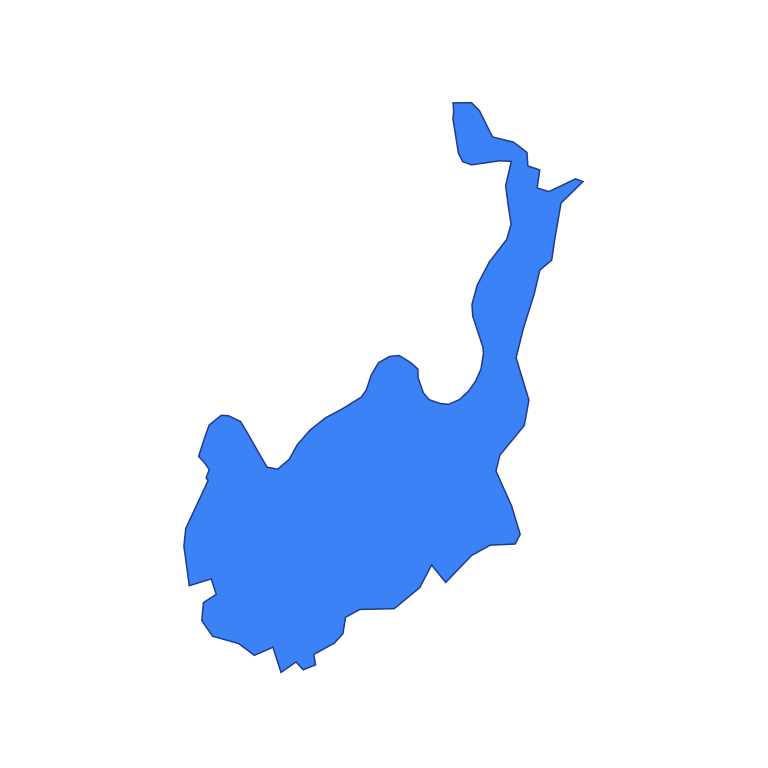 the district of Amudarya, Karakalpakstan, Uzbekistan, rotated 64°
{"feature_id": "79887680B11316331959400", "entity_name": "Amudarya", "entity_type": "district", "adm_level": 2, "iso_a3": "UZB", "parent_name": "Uzbekistan", "parent_adm1": "Karakalpakstan", "projection": "mercator", "projection_center": [60.011, 42.124], "detail": "fine", "context": "isolated", "style": "filled", "palette": "blue", "viewbox_px": 768, "rotation_deg": 64, "n_neighbors": 0, "source": "geoboundaries", "source_scale": "gbopen_adm2", "svg_char_len": 1526}
<svg xmlns="http://www.w3.org/2000/svg" viewBox="0 0 768 768"><g transform="rotate(64 384 384)"><path d="M169.5,182.0L161.6,198.8L163.1,199.2L170.5,202.4L175.7,205.7L209.4,216.0L218.7,215.8L225.4,209.2L234.0,182.4L239.7,172.0L259.2,187.8L275.6,193.3L296.0,199.7L307.8,210.3L320.5,235.8L335.9,256.8L351.1,270.1L361.9,274.5L394.5,279.0L400.1,281.2L413.0,290.2L421.8,300.7L427.5,311.4L431.1,322.9L430.6,334.9L426.0,342.3L417.7,350.4L409.2,352.5L393.3,350.6L385.4,347.0L376.6,350.6L365.0,357.9L361.7,366.9L362.4,379.5L364.7,383.0L370.4,391.6L381.7,402.6L385.8,410.1L387.2,423.5L388.1,432.7L388.8,452.7L389.2,453.3L392.9,470.4L400.6,488.6L410.2,502.3L414.0,517.2L411.5,520.1L407.5,525.6L372.0,528.0L368.0,528.2L354.8,529.4L344.3,537.7L340.8,544.0L344.3,559.2L351.9,567.0L367.8,582.4L376.0,579.9L384.3,578.6L390.5,585.1L393.7,584.4L426.9,625.5L442.1,635.0L454.1,638.9L478.4,646.9L479.9,647.6L483.4,624.7L499.5,627.0L501.3,642.1L516.8,651.5L535.6,648.6L553.5,628.5L571.0,619.5L571.9,599.2L598.1,603.0L595.2,584.9L605.4,582.0L606.4,568.6L596.3,565.7L595.1,542.2L590.3,530.3L576.8,520.8L576.0,504.6L590.4,473.4L582.7,441.2L567.6,420.6L589.4,415.5L576.5,380.5L575.4,359.2L585.3,336.3L578.8,327.5L549.5,322.8L511.3,321.5L498.7,311.0L482.8,276.1L462.0,260.8L418.4,253.8L395.3,234.5L368.8,209.4L349.9,194.0L346.1,178.9L329.4,167.5L299.0,145.6L289.3,116.5L283.6,121.9L283.3,151.5L275.0,160.4L259.9,150.2L251.1,159.1L238.5,154.0L223.4,161.6L209.5,178.2L180.3,178.4L169.5,182.0Z" fill="#3b82f6" stroke="#1e3a8a" stroke-width="1.5"/></g></svg>